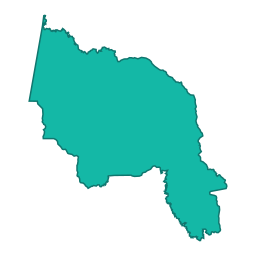 Miranda, Mato Grosso do Sul, Brazil (Mercator projection)
{"feature_id": "56859067B93702669901157", "entity_name": "Miranda", "entity_type": "district", "adm_level": 2, "iso_a3": "BRA", "parent_name": "Brazil", "parent_adm1": "Mato Grosso do Sul", "projection": "mercator", "projection_center": [-56.507, -20.138], "detail": "fine", "context": "isolated", "style": "filled", "palette": "teal", "viewbox_px": 256, "rotation_deg": 0, "n_neighbors": 0, "source": "geoboundaries", "source_scale": "gbopen_adm2", "svg_char_len": 5822}
<svg xmlns="http://www.w3.org/2000/svg" viewBox="0 0 256 256"><path d="M226.1,188.5L226.8,186.3L226.6,185.0L226.2,184.2L224.4,182.5L225.3,180.4L225.0,179.7L223.4,179.0L223.0,178.2L221.1,176.8L219.7,174.9L218.9,174.9L217.2,176.3L216.0,174.7L216.6,173.8L215.9,173.2L215.7,172.3L214.3,171.5L213.9,169.9L213.4,169.4L211.6,169.7L210.0,169.1L209.2,169.5L207.7,169.4L207.7,167.8L206.4,164.8L203.1,161.9L200.6,160.9L200.5,157.5L199.9,156.3L198.5,155.3L198.5,154.4L201.3,151.6L200.4,149.9L199.8,147.9L200.3,146.0L200.0,145.4L199.4,145.2L199.8,144.4L199.6,143.4L198.5,142.3L198.1,141.2L198.3,140.1L200.1,137.7L202.8,135.9L202.2,133.2L200.8,131.9L200.0,129.8L197.9,127.2L197.6,126.4L197.8,125.4L196.8,124.3L195.9,120.9L197.0,116.9L195.7,112.5L196.2,111.4L195.2,108.7L196.0,107.5L196.2,106.3L195.5,104.4L195.1,101.9L195.3,99.8L193.6,95.2L190.5,94.9L187.8,92.8L186.9,91.0L186.7,89.6L184.9,88.6L184.0,87.1L182.2,85.2L181.8,84.5L181.7,83.0L181.1,82.1L180.3,82.7L179.2,82.8L178.3,82.2L175.7,81.9L174.5,80.1L173.8,79.9L172.3,77.6L168.3,76.1L168.0,75.4L166.6,74.1L166.3,72.4L165.4,71.5L163.8,71.0L163.5,70.4L162.8,70.1L160.9,70.3L159.2,69.5L154.6,66.2L151.9,63.5L151.2,61.7L149.4,59.9L146.0,58.1L141.5,57.4L137.9,58.8L134.5,57.7L133.2,58.3L131.9,57.8L129.4,57.7L127.5,58.9L124.2,59.0L121.1,60.2L119.5,61.6L118.0,61.6L117.2,59.9L116.7,57.3L115.0,56.2L114.6,55.4L114.8,54.7L114.4,54.1L114.4,53.2L115.3,52.1L115.1,51.0L113.2,50.9L111.5,49.7L109.4,50.0L108.8,49.7L108.8,48.5L106.2,48.8L106.1,48.0L104.5,47.1L102.4,47.5L102.6,48.2L101.3,49.3L100.9,50.3L101.4,51.1L100.5,51.2L100.2,50.4L99.1,50.4L98.1,52.6L97.4,53.1L96.1,51.3L96.1,49.5L93.1,48.9L92.3,49.4L92.0,50.1L90.4,50.6L90.3,51.3L88.3,52.1L87.6,53.8L86.7,53.9L84.7,51.7L83.4,52.6L82.9,51.7L82.1,51.3L81.6,51.7L81.6,50.7L80.1,50.4L78.4,49.1L77.9,45.3L76.2,44.3L75.5,43.3L74.8,43.5L74.8,42.6L73.5,39.6L74.0,38.9L73.6,38.0L72.6,37.7L72.3,36.5L70.3,36.4L69.4,35.0L68.9,35.4L69.2,36.9L68.6,37.2L68.0,36.3L67.4,33.7L68.3,33.5L68.7,32.9L68.3,32.3L66.4,33.2L65.6,32.6L65.8,31.9L65.4,31.0L63.4,29.0L62.2,30.0L62.2,29.2L60.6,31.2L58.0,30.5L57.5,30.0L55.9,29.9L55.8,30.6L56.1,31.1L55.8,31.7L55.1,31.4L54.9,30.5L53.9,30.5L53.0,31.1L52.9,30.5L51.3,31.2L50.9,30.3L50.1,29.7L50.1,28.9L49.3,28.5L48.6,29.1L46.5,28.5L45.0,29.6L44.2,29.4L43.9,27.9L43.2,26.9L43.1,25.5L43.6,24.9L44.3,25.0L44.2,23.6L45.7,24.2L45.7,23.2L45.1,22.4L46.2,21.4L46.3,20.4L46.0,19.7L44.5,18.7L44.3,17.9L45.2,16.6L45.4,15.6L44.5,15.4L43.8,15.7L42.5,25.8L29.2,101.1L37.3,101.2L37.8,103.9L42.6,108.7L43.0,114.4L42.3,118.5L42.8,120.5L42.3,121.3L42.4,122.2L43.6,123.6L43.7,124.3L45.0,125.0L45.7,126.5L45.3,128.4L43.5,129.7L44.4,131.0L44.5,131.7L44.2,134.2L43.1,136.6L43.3,138.6L53.9,138.6L56.1,139.7L57.5,141.4L57.9,144.1L60.7,146.7L62.4,149.2L63.4,149.5L65.3,149.3L66.1,150.0L67.8,153.3L68.6,153.7L72.0,154.4L74.1,156.1L76.6,155.5L78.4,156.7L77.9,160.0L78.1,161.0L77.5,164.6L77.0,165.3L77.0,170.5L77.8,172.3L77.1,175.5L77.5,176.4L78.3,176.3L78.8,176.9L79.6,178.7L79.9,181.7L80.5,182.6L83.2,183.1L84.8,184.4L85.5,185.8L87.1,186.9L88.1,188.3L91.5,186.3L92.3,186.3L93.6,185.5L96.3,186.0L97.7,184.8L99.2,184.9L100.0,186.5L100.7,186.7L101.4,186.6L102.3,185.4L103.8,185.6L104.1,184.2L104.7,184.2L105.4,184.9L105.9,183.9L105.9,182.8L106.8,181.5L107.5,182.0L108.0,181.4L107.8,180.2L108.6,177.4L108.1,176.9L108.3,175.9L114.3,175.4L131.1,175.2L132.1,175.9L134.5,176.4L139.4,176.1L141.6,175.2L142.3,173.3L143.2,172.6L145.5,172.1L147.0,170.8L150.6,169.2L152.6,166.5L153.5,166.1L154.9,165.9L156.7,167.3L159.4,167.2L160.3,167.9L160.3,169.3L161.1,173.4L162.4,172.7L161.7,171.0L162.2,170.4L164.8,170.8L167.6,170.3L166.9,171.8L166.3,172.2L166.5,173.1L165.8,173.5L166.7,173.8L167.0,174.4L166.5,174.7L166.9,175.3L166.0,176.4L165.3,178.3L165.9,178.5L166.3,179.2L164.7,180.1L163.8,181.5L164.6,181.6L164.8,182.2L166.1,182.1L167.0,183.9L166.6,184.5L166.9,185.2L166.2,185.2L166.0,184.6L165.4,185.2L165.4,185.9L166.1,185.9L166.4,186.6L166.8,187.5L166.1,189.1L165.3,189.8L165.3,190.4L165.9,190.4L165.4,191.1L164.6,191.3L165.3,191.8L164.8,193.4L166.4,194.0L166.4,192.9L167.9,193.5L168.1,196.0L167.5,196.7L166.5,197.0L166.4,198.0L165.7,198.4L165.9,199.1L166.6,199.7L166.5,201.9L167.1,202.2L167.1,202.9L167.9,203.5L168.5,203.1L168.6,203.7L169.2,203.8L170.1,203.2L170.3,204.0L171.0,204.0L170.8,204.9L170.1,205.0L170.0,205.9L171.1,207.9L171.2,208.8L172.2,209.5L171.7,210.1L172.9,212.0L172.6,212.5L172.9,213.3L174.5,213.4L175.1,214.0L174.1,214.8L174.7,215.3L174.8,216.4L175.4,215.9L176.0,216.4L176.6,218.1L179.1,218.8L178.8,219.6L179.6,220.9L179.6,221.8L180.4,221.8L180.9,222.3L180.4,223.3L181.1,223.7L181.1,224.5L182.0,225.0L182.2,225.7L182.8,225.4L182.5,224.6L182.9,223.7L183.6,223.6L185.0,222.5L186.1,223.0L184.7,224.1L184.1,226.2L184.6,226.6L186.5,226.9L186.5,227.6L186.1,228.2L186.9,228.6L186.7,229.7L188.2,231.6L188.1,232.4L189.0,232.1L189.8,232.3L190.2,233.0L189.4,233.7L189.5,236.0L190.8,236.3L190.9,237.6L192.7,237.7L192.3,237.0L192.8,236.6L194.9,237.0L196.2,236.4L196.4,237.3L197.2,237.1L196.8,237.9L196.9,238.8L199.7,240.6L200.5,240.5L200.6,239.3L201.3,238.7L201.5,237.8L202.1,237.6L203.7,238.3L203.6,236.3L202.8,235.1L203.6,234.8L202.7,233.4L202.7,232.4L203.4,231.8L203.2,231.0L202.5,230.8L203.0,230.2L202.8,229.5L203.4,229.7L203.9,229.1L205.6,229.2L206.6,230.7L205.9,231.5L205.7,232.4L206.5,232.4L206.8,233.3L207.8,233.5L208.6,234.6L209.5,234.9L210.9,234.4L211.6,232.1L212.4,231.8L214.0,232.6L214.6,231.9L215.2,231.7L216.9,232.6L218.2,232.6L220.1,230.9L220.5,229.9L219.9,227.5L219.8,225.4L218.8,223.0L218.9,218.1L218.5,216.3L219.6,209.9L219.3,206.5L217.8,205.7L217.4,205.1L216.8,203.0L217.1,201.3L216.3,200.0L216.6,197.7L216.2,196.3L214.7,195.5L210.2,194.5L209.8,194.0L209.7,192.3L210.7,191.4L226.1,188.5ZM74.8,43.5L74.9,44.3L74.4,43.9L74.8,43.5ZM166.4,186.6L165.7,186.6L165.7,187.3L166.4,186.6Z" fill="#14b8a6" stroke="#0f766e" stroke-width="1.5"/></svg>